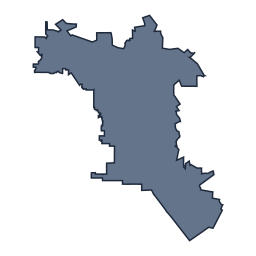 outline of Navojoa, Sonora, Mexico
{"feature_id": "50627088B81752384557696", "entity_name": "Navojoa", "entity_type": "district", "adm_level": 2, "iso_a3": "MEX", "parent_name": "Mexico", "parent_adm1": "Sonora", "projection": "albers", "projection_center": [-109.481, 27.027], "detail": "fine", "context": "isolated", "style": "filled", "palette": "slate", "viewbox_px": 256, "rotation_deg": 0, "n_neighbors": 0, "source": "geoboundaries", "source_scale": "gbopen_adm2", "svg_char_len": 5207}
<svg xmlns="http://www.w3.org/2000/svg" viewBox="0 0 256 256"><path d="M91.3,178.0L102.5,178.0L102.5,180.6L112.7,180.6L113.1,180.6L114.5,180.6L122.5,180.6L122.5,184.1L122.8,184.1L126.2,184.2L134.9,184.1L141.7,184.2L141.7,190.4L151.5,190.0L152.5,191.9L153.7,194.4L154.7,195.5L161.1,203.9L165.4,209.7L165.6,210.0L166.7,211.8L166.9,212.0L168.5,213.7L171.7,217.6L189.6,240.6L208.7,227.3L213.0,228.2L218.6,217.4L219.5,215.5L222.3,210.2L220.9,209.0L222.4,205.3L222.5,205.2L222.7,204.8L221.8,204.8L221.7,204.6L221.1,204.2L219.2,201.3L219.6,199.5L212.4,198.1L212.8,191.9L210.4,191.6L200.6,189.8L200.6,187.7L199.7,187.0L199.6,185.1L213.8,174.7L213.9,174.1L213.4,174.0L213.4,171.1L212.8,171.1L212.4,171.2L211.1,171.7L208.0,173.4L205.2,173.2L201.8,173.8L202.1,173.1L201.8,172.7L201.6,172.4L201.5,171.7L201.5,168.1L197.1,168.1L191.0,164.6L190.9,164.6L190.1,165.3L189.2,161.1L185.6,163.6L185.3,168.7L184.7,168.0L183.6,166.9L183.7,166.6L183.7,166.2L183.8,166.0L183.8,165.9L183.8,165.7L184.0,165.4L183.5,164.7L183.6,159.5L183.5,158.9L183.5,158.6L183.6,157.1L180.9,158.4L176.6,160.2L178.8,149.6L178.5,149.4L178.4,149.3L178.2,149.2L178.1,148.7L177.9,148.4L177.5,148.1L177.4,147.8L177.1,147.6L176.9,147.2L176.9,146.8L176.6,146.6L176.2,146.5L176.2,146.3L176.1,146.2L176.0,146.3L175.9,146.4L175.7,146.4L175.3,146.3L175.5,145.9L175.8,145.7L176.8,145.6L176.6,145.1L176.3,144.7L176.4,144.3L176.1,141.5L176.1,141.3L176.9,140.4L176.9,139.7L179.3,137.3L179.7,136.9L179.8,136.8L179.7,136.1L179.7,135.9L179.7,135.7L179.7,135.2L179.5,134.8L179.4,134.5L179.3,134.4L178.9,131.7L178.4,131.4L177.2,131.1L176.9,130.8L176.7,130.2L176.4,129.9L176.0,129.4L175.8,128.7L175.3,127.7L175.5,126.6L175.2,125.6L175.0,124.6L175.0,123.9L175.6,123.4L176.0,123.5L178.0,122.1L178.4,122.1L179.5,121.4L180.4,121.5L180.1,120.2L179.8,119.1L179.3,117.8L179.1,117.6L179.0,117.4L178.1,116.4L177.8,116.1L177.1,115.1L176.4,113.7L176.4,112.8L176.3,112.1L176.0,111.8L175.8,111.1L179.1,110.6L176.4,106.6L180.1,104.1L175.2,96.8L173.8,95.0L173.7,91.1L173.8,84.9L179.2,80.2L181.7,86.2L196.9,86.3L196.8,76.1L197.3,75.9L199.5,75.6L200.6,75.6L203.4,76.7L203.6,76.2L204.3,75.8L204.8,75.7L204.1,75.3L197.3,63.7L190.9,58.3L189.7,57.5L190.0,57.5L190.1,57.2L190.7,56.8L191.5,56.1L195.1,52.3L193.4,53.4L190.5,52.7L187.7,49.5L184.1,52.7L183.3,52.1L182.6,51.6L177.9,48.3L175.0,48.7L169.7,49.4L162.4,48.2L162.8,37.7L160.6,33.2L160.6,31.1L155.4,31.3L154.3,31.3L155.4,29.1L157.0,25.0L149.6,15.4L142.7,17.8L144.6,23.1L144.7,25.7L134.6,27.3L135.2,31.2L135.1,31.3L132.5,30.0L132.6,38.3L129.9,38.5L129.5,39.6L129.6,40.3L129.7,40.5L129.4,40.8L128.7,40.5L128.5,40.3L128.0,40.3L127.7,40.4L127.2,40.2L126.9,40.4L126.6,40.6L126.4,40.9L126.4,41.2L126.3,41.4L126.1,41.6L125.6,42.0L125.5,42.4L125.3,42.6L125.1,43.0L125.0,43.5L124.9,43.7L125.0,44.2L125.2,44.8L125.2,45.0L125.2,45.3L123.6,48.7L118.0,47.7L112.3,45.2L112.2,39.3L111.3,33.9L110.9,32.7L96.7,32.8L96.7,37.5L96.8,40.2L92.3,42.0L72.1,34.9L70.7,35.8L67.0,30.9L76.2,26.9L76.4,24.1L71.6,23.9L66.3,23.4L62.7,19.7L55.5,24.3L61.0,30.0L60.7,30.5L59.8,30.8L59.0,31.1L58.9,31.4L58.8,31.6L58.6,31.9L58.3,31.7L58.1,31.5L58.0,31.4L57.3,31.2L55.4,30.7L53.9,30.1L53.4,30.0L47.3,29.8L47.1,21.9L45.8,21.8L45.7,29.8L45.8,34.1L47.7,35.8L47.3,36.2L47.2,36.4L46.2,38.4L45.0,37.0L35.1,36.9L35.1,47.5L38.5,47.5L38.5,51.9L37.4,51.9L37.9,52.5L38.8,53.6L39.2,54.1L40.3,55.5L40.6,55.7L41.2,55.6L41.3,55.0L41.4,54.5L42.1,54.5L41.4,58.9L40.8,59.2L40.6,59.4L40.4,59.7L40.1,60.4L39.9,60.6L38.7,61.2L38.6,61.3L38.5,61.5L38.4,61.8L38.4,62.1L38.6,63.0L38.5,63.3L38.1,63.8L38.0,64.1L35.3,64.1L33.3,64.1L33.3,67.2L35.9,67.2L35.9,68.6L35.1,70.1L34.6,70.3L34.6,72.4L37.2,72.3L42.2,72.4L48.8,72.4L49.5,73.0L50.0,73.4L50.9,73.5L53.4,73.5L53.5,73.5L53.9,73.3L54.9,72.6L55.1,72.6L55.3,72.5L56.1,72.6L56.3,72.6L56.5,72.6L56.8,72.3L56.9,72.2L57.1,71.6L57.3,71.4L58.3,71.3L58.6,71.4L59.0,72.2L59.1,72.4L59.4,72.6L62.3,73.4L62.5,73.5L62.6,73.4L62.6,68.6L65.6,68.6L65.6,69.9L68.5,69.9L68.5,74.7L71.2,72.9L79.6,85.3L79.7,85.2L81.1,84.0L81.3,84.0L82.0,84.2L82.0,85.3L82.2,85.8L81.7,86.7L81.9,87.1L81.9,87.4L82.2,87.4L82.4,88.0L82.5,88.5L83.2,88.5L83.4,88.6L83.5,88.7L83.6,89.2L83.7,89.3L84.1,89.0L84.8,89.0L86.1,88.9L86.1,90.0L93.4,90.0L93.6,90.0L93.7,89.9L93.6,90.0L93.8,89.8L93.8,95.0L93.8,107.5L94.5,107.5L94.5,109.2L95.9,109.8L96.0,109.8L96.3,110.5L97.1,110.2L96.9,110.6L97.9,110.8L98.4,112.4L98.5,112.6L99.1,112.5L99.4,113.3L99.6,113.3L99.8,113.3L100.0,113.2L100.0,114.0L100.7,114.0L100.5,114.5L100.5,114.8L100.4,115.0L100.2,115.1L99.6,115.0L99.6,116.3L98.8,116.3L98.8,115.5L98.4,115.5L98.4,117.6L98.7,117.4L98.9,117.3L99.1,117.3L99.6,117.1L99.8,117.0L101.0,116.8L101.2,116.7L101.6,116.6L101.6,116.9L101.7,117.7L102.1,117.7L102.1,118.4L102.0,118.5L102.0,118.8L102.0,119.0L102.1,120.0L102.8,120.9L102.5,121.3L102.9,121.8L102.6,122.1L102.7,124.9L102.1,124.9L102.1,126.1L101.3,126.1L101.3,129.9L101.3,130.8L104.4,130.8L104.4,133.1L104.4,135.9L99.3,135.9L99.3,140.1L101.9,140.1L102.0,140.3L101.9,140.6L101.4,141.1L101.9,141.1L101.9,143.6L109.5,143.6L109.5,146.1L114.5,146.1L114.4,162.8L106.6,163.2L106.6,168.8L106.6,170.3L106.6,174.1L102.7,174.1L102.8,174.4L102.4,174.4L102.4,174.1L95.4,174.1L95.4,172.7L91.4,172.8L91.3,178.0Z" fill="#64748b" stroke="#1e293b" stroke-width="1.5"/></svg>